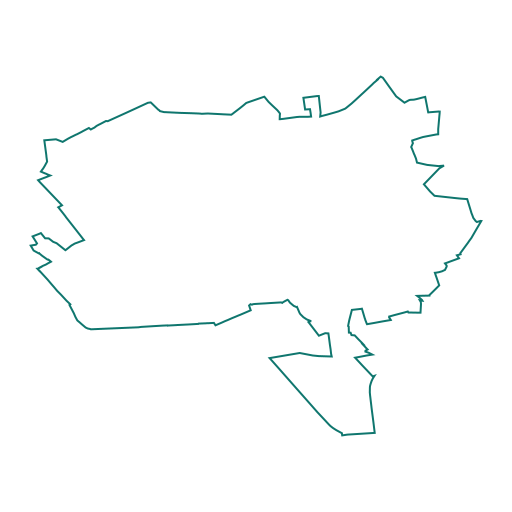 outline of Valmiera, Valmiera, Latvia
{"feature_id": "27541924B28912918597311", "entity_name": "Valmiera", "entity_type": "district", "adm_level": 2, "iso_a3": "LVA", "parent_name": "Latvia", "parent_adm1": "Valmiera", "projection": "natural_earth1", "projection_center": [25.423, 57.526], "detail": "fine", "context": "isolated", "style": "outline", "palette": "teal", "viewbox_px": 512, "rotation_deg": 0, "n_neighbors": 0, "source": "geoboundaries", "source_scale": "gbopen_adm2", "svg_char_len": 5645}
<svg xmlns="http://www.w3.org/2000/svg" viewBox="0 0 512 512"><path d="M87.7,328.5L90.1,329.0L90.9,329.3L138.3,327.3L141.3,326.9L152.7,326.2L162.8,325.6L167.6,325.4L167.7,325.6L168.1,325.5L168.7,325.5L176.4,325.1L177.1,325.0L177.9,325.0L189.8,324.4L198.4,323.9L198.7,323.6L206.0,323.3L207.1,323.2L208.3,323.2L213.9,322.9L215.5,325.3L221.8,322.6L225.1,321.1L228.1,319.9L229.2,319.4L232.4,318.0L235.1,316.9L237.7,315.8L238.9,315.3L240.2,314.8L250.7,310.3L249.1,305.5L250.5,304.2L251.9,304.7L253.0,304.2L254.6,304.0L256.3,303.9L261.2,303.6L265.0,303.4L269.4,303.1L281.2,302.4L282.2,302.9L282.9,302.3L285.0,301.1L287.5,299.8L288.3,300.3L289.9,302.6L292.1,304.5L293.8,305.9L297.0,307.3L297.1,307.2L298.7,310.9L299.4,312.6L300.3,314.1L303.4,317.2L306.7,319.4L311.2,321.2L308.5,321.5L308.5,321.8L308.4,322.1L308.8,322.5L309.1,322.9L314.0,329.3L318.9,335.7L325.2,333.2L328.4,333.4L328.8,336.3L329.9,344.7L330.6,349.4L331.1,353.9L331.7,356.5L318.8,356.1L312.8,355.5L299.7,353.0L269.6,358.1L277.2,366.6L297.2,389.3L309.4,403.1L317.4,412.2L329.0,424.6L330.3,425.9L331.3,426.7L332.7,427.8L334.5,429.0L336.4,430.2L338.6,431.4L341.9,433.2L341.9,433.3L342.1,434.9L342.2,435.4L347.4,434.6L349.2,434.5L374.7,432.9L373.4,422.1L371.7,409.0L370.3,397.1L370.1,395.5L369.8,392.4L369.9,387.5L370.0,386.2L370.3,385.0L370.7,383.6L371.6,381.0L372.6,378.9L373.4,377.5L374.5,375.8L372.7,376.4L361.7,364.8L355.1,357.7L358.9,357.0L366.7,355.5L372.3,354.6L369.0,352.9L367.4,352.3L365.4,351.6L365.5,350.7L367.6,349.5L366.8,348.7L362.8,344.4L363.1,344.4L363.4,344.4L362.0,342.9L358.3,339.2L355.4,336.1L354.6,335.3L353.8,335.3L351.5,335.1L350.6,332.7L348.9,332.6L348.7,326.6L348.1,326.0L349.1,320.9L349.6,318.8L351.9,309.9L360.9,308.9L361.9,308.7L363.0,312.3L364.7,318.1L365.1,319.1L365.3,319.9L365.5,320.5L365.9,321.4L366.6,323.3L366.9,324.0L367.0,324.2L373.9,323.0L382.6,321.4L390.8,320.0L390.7,319.8L389.1,317.4L389.2,316.5L390.1,316.3L394.0,315.2L404.3,312.5L407.8,311.5L408.4,312.5L420.4,312.7L420.5,312.7L421.0,303.9L420.8,302.0L419.8,300.3L422.4,300.7L422.0,300.0L419.7,297.9L417.2,295.9L419.4,295.8L420.2,295.8L429.5,295.6L429.6,294.9L432.9,291.7L439.2,285.4L437.5,280.4L436.3,276.9L436.0,276.1L434.9,272.8L436.0,272.7L438.8,272.2L442.0,271.3L445.0,269.9L446.2,267.5L446.5,266.9L446.7,266.3L446.7,265.8L446.5,265.4L445.0,263.4L447.3,262.6L450.2,261.5L459.0,258.3L456.9,255.3L460.6,254.3L460.3,253.2L466.6,244.6L467.8,243.0L469.3,240.8L471.0,238.5L471.3,238.1L476.4,229.3L481.3,221.0L480.6,220.9L476.9,222.0L475.7,221.1L473.3,217.9L472.8,216.5L472.2,214.9L471.5,213.2L470.4,209.5L467.2,199.1L460.4,198.6L455.5,198.1L434.5,195.8L430.1,191.5L423.9,184.3L439.2,168.5L439.4,168.3L444.0,165.6L438.6,166.1L427.1,164.9L417.0,162.6L416.0,158.6L414.7,155.4L414.6,155.1L414.1,154.1L413.7,153.1L413.4,152.3L413.1,151.5L411.6,147.8L411.2,147.0L411.9,145.5L412.9,143.2L412.3,141.4L412.2,140.5L413.7,140.0L414.8,139.6L415.9,139.3L417.7,138.7L419.5,138.1L421.4,137.5L423.1,137.0L425.6,136.5L427.7,136.1L429.8,135.7L431.9,135.3L434.0,134.9L436.1,134.5L438.2,134.3L438.2,129.1L438.6,124.7L439.4,115.6L439.6,113.6L439.7,111.6L439.3,111.6L438.9,111.5L434.0,111.9L429.0,112.3L428.6,112.4L428.2,112.4L426.7,104.6L425.2,96.9L421.8,97.7L419.6,98.3L416.5,99.1L414.2,99.6L413.3,99.7L410.7,99.8L409.9,99.9L409.4,100.1L408.8,100.3L404.5,102.7L400.3,99.5L396.2,96.4L389.5,87.1L382.9,77.8L380.7,76.6L377.3,79.5L377.6,79.7L374.3,82.5L374.0,82.7L371.9,84.8L355.7,99.8L351.6,103.5L346.2,107.9L345.1,108.7L339.9,110.8L338.4,111.4L333.6,112.8L327.2,114.6L322.2,115.9L320.2,116.5L320.6,112.5L318.8,96.0L316.8,96.1L303.4,97.8L305.1,109.5L310.0,109.2L310.6,112.9L311.1,116.6L307.9,116.8L304.9,116.8L301.9,116.8L299.1,116.8L298.4,116.9L296.9,117.0L295.5,117.2L292.5,117.6L289.6,118.0L286.6,118.4L283.7,118.8L280.1,119.2L279.7,119.2L279.8,115.3L280.0,113.8L279.6,113.0L277.5,110.4L276.8,109.7L272.1,105.3L268.9,102.2L268.7,102.0L268.5,101.8L264.5,96.9L264.3,96.7L247.5,102.5L246.2,103.0L243.5,105.3L239.5,108.5L234.0,112.7L233.0,113.5L232.3,114.0L231.4,114.7L223.1,114.3L219.5,114.1L207.8,113.5L201.8,113.8L200.1,113.6L198.5,113.5L191.0,113.2L184.5,113.0L180.8,112.9L176.4,112.7L174.4,112.6L164.3,112.1L164.0,112.1L159.9,111.1L159.3,110.3L158.3,109.7L155.6,107.1L152.2,103.8L150.7,102.4L147.9,102.8L133.4,109.5L126.2,112.8L107.7,121.2L106.0,121.0L99.9,124.2L99.4,124.4L96.6,125.9L94.4,127.6L92.6,128.5L90.8,129.5L88.9,128.0L82.8,131.2L81.6,131.9L77.9,133.8L76.7,134.4L75.9,134.7L72.7,136.3L70.8,137.2L69.9,137.7L69.0,138.2L68.7,138.3L63.5,141.4L62.7,141.9L56.0,139.3L44.3,140.3L46.1,153.6L46.4,156.0L46.4,156.4L47.1,161.6L44.7,166.0L43.1,168.6L42.3,169.6L41.6,170.6L40.9,171.6L43.2,172.6L44.8,173.3L45.7,173.6L47.9,174.6L50.2,175.5L45.7,177.3L44.3,177.8L38.1,180.2L39.8,182.1L62.0,205.3L58.3,207.3L58.7,207.7L59.1,208.3L63.1,213.3L65.5,216.4L66.0,217.2L66.4,217.7L66.8,218.2L74.5,228.0L81.4,236.8L82.7,238.5L84.0,240.1L77.7,242.5L76.3,243.0L74.9,243.5L74.0,244.0L73.0,244.6L72.4,245.0L71.7,245.3L68.8,247.6L66.0,249.8L65.4,250.2L56.6,243.2L53.1,241.8L53.0,241.7L50.3,239.6L48.7,238.4L45.1,238.3L40.9,233.1L39.3,233.8L32.6,236.4L37.0,243.4L35.9,244.7L30.7,245.6L33.6,250.5L34.8,251.2L38.8,253.4L39.2,253.2L39.5,253.6L41.8,255.5L42.3,255.9L44.0,257.1L46.5,258.9L47.4,259.5L48.0,259.7L48.4,259.8L48.5,259.7L48.8,259.9L50.9,261.6L51.0,261.7L48.2,263.2L45.8,264.6L43.0,265.8L40.2,267.3L40.4,267.4L38.1,268.6L37.4,268.7L39.5,271.0L39.6,270.9L42.8,274.4L47.5,279.5L51.4,284.1L54.1,287.2L55.6,289.0L57.1,290.8L60.9,294.6L66.6,300.8L70.3,304.3L69.5,305.0L73.8,313.2L75.4,316.9L77.3,320.4L78.0,321.0L78.3,321.3L78.8,321.7L79.0,321.8L81.8,324.3L85.6,327.5L87.7,328.5Z" fill="none" stroke="#0f766e" stroke-width="2"/></svg>